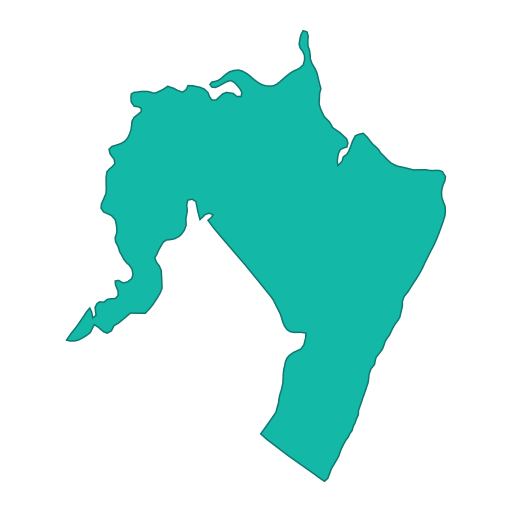 outline of Likoni, Coast, Kenya
{"feature_id": "3690345B67191049823154", "entity_name": "Likoni", "entity_type": "district", "adm_level": 2, "iso_a3": "KEN", "parent_name": "Kenya", "parent_adm1": "Coast", "projection": "robinson", "projection_center": [39.624, -4.1], "detail": "fine", "context": "isolated", "style": "filled", "palette": "teal", "viewbox_px": 512, "rotation_deg": 0, "n_neighbors": 0, "source": "geoboundaries", "source_scale": "gbopen_adm2", "svg_char_len": 4922}
<svg xmlns="http://www.w3.org/2000/svg" viewBox="0 0 512 512"><path d="M324.5,481.3L327.7,478.5L329.4,474.2L331.3,468.9L334.0,464.3L336.1,460.8L338.9,455.8L340.1,451.9L341.4,448.6L343.4,444.6L345.7,440.4L348.3,436.9L349.8,433.7L352.1,430.5L353.1,426.7L354.8,423.4L356.5,418.7L358.3,415.0L358.5,410.5L360.1,405.9L361.6,401.7L362.7,398.2L364.4,393.6L366.7,386.7L368.1,382.6L368.6,379.1L369.1,374.1L371.0,368.8L374.5,364.5L375.2,360.8L376.1,357.4L378.4,354.4L380.5,351.8L382.4,349.1L383.9,345.3L385.2,341.3L387.3,337.9L389.5,335.0L391.1,331.5L392.7,328.2L395.3,323.8L398.2,320.0L399.8,317.1L401.0,312.1L402.4,306.2L402.4,301.2L404.2,296.4L407.8,292.0L411.3,286.4L414.0,282.2L416.2,279.0L418.2,275.7L420.3,272.1L421.9,269.2L423.3,266.3L424.6,263.3L426.1,260.3L428.7,255.1L430.9,250.7L432.8,247.2L434.6,243.5L436.3,239.7L438.2,235.1L440.1,230.0L441.7,225.5L443.2,221.3L445.0,215.4L445.4,210.7L445.0,206.0L443.4,202.1L441.8,197.4L441.5,192.3L442.2,187.8L443.4,184.0L444.8,181.1L445.5,176.7L442.4,171.7L439.5,170.5L435.8,170.4L432.3,170.6L429.0,170.4L425.9,169.7L420.4,169.8L413.3,169.9L408.0,168.5L402.1,167.1L397.9,166.3L394.2,164.7L391.0,163.0L387.2,159.6L383.5,155.7L380.6,152.9L378.5,149.5L375.8,146.8L373.2,144.7L370.0,140.8L367.0,136.9L363.2,133.3L359.2,134.2L355.3,135.8L352.5,141.3L350.6,146.7L348.7,151.3L346.8,154.4L343.3,156.9L342.0,161.4L337.9,165.7L337.3,161.3L337.7,157.2L338.5,153.1L340.5,149.4L344.0,147.9L346.9,147.0L347.9,143.0L346.7,139.0L343.5,135.9L340.2,132.8L336.2,130.1L332.7,127.6L331.0,124.6L329.4,121.8L326.7,119.2L324.2,116.5L322.1,112.3L320.5,108.7L319.1,104.0L319.4,98.6L319.6,93.4L320.9,88.5L319.6,84.1L318.3,78.5L316.9,72.8L314.8,68.1L312.0,63.6L310.3,58.8L310.1,54.4L309.5,50.4L308.0,46.2L307.8,41.2L308.2,36.2L307.0,31.9L303.1,30.7L300.9,34.9L300.0,38.7L299.1,44.1L300.3,48.3L302.8,51.5L304.5,55.4L304.6,60.0L303.1,65.0L299.3,68.4L296.4,69.8L292.9,71.4L289.7,73.5L287.0,75.6L284.4,77.8L281.9,80.0L279.3,82.3L276.6,84.3L273.5,85.8L270.3,86.1L266.5,86.0L262.5,84.9L258.3,82.7L253.8,79.4L250.6,76.5L247.2,73.8L242.4,71.1L238.5,70.0L233.8,70.5L229.5,71.8L226.1,74.1L223.4,76.4L220.8,78.8L218.0,80.5L214.8,81.5L211.9,82.0L209.9,84.4L211.9,87.1L215.3,87.5L218.6,86.1L222.2,84.1L226.5,81.8L230.9,80.5L234.6,82.6L237.9,86.2L240.0,88.9L241.8,92.3L241.2,96.5L236.8,96.5L233.1,93.4L229.6,92.9L226.5,92.4L222.8,93.8L219.7,96.7L216.1,100.0L211.9,100.0L209.4,96.5L208.1,92.8L204.5,89.2L200.1,87.3L196.2,86.5L192.5,85.7L188.0,85.6L186.1,89.7L182.4,92.2L177.2,90.3L173.9,88.3L170.8,87.4L167.8,86.2L163.0,89.5L158.7,91.5L156.0,92.8L153.0,93.1L150.1,92.0L147.0,91.4L143.6,91.4L140.5,91.5L137.2,92.1L134.0,92.4L131.3,94.0L130.9,97.4L131.3,102.1L134.2,106.2L138.4,106.8L141.2,108.3L141.2,111.6L138.4,114.0L134.2,117.3L131.9,121.5L131.7,125.0L131.0,129.9L129.7,133.7L127.7,137.9L124.9,141.2L121.5,143.2L118.0,144.6L115.0,145.5L112.0,146.4L109.0,149.3L110.2,154.1L114.2,159.3L114.8,163.7L112.1,166.8L109.2,169.2L106.9,171.9L106.1,177.4L106.1,182.8L106.3,188.0L106.0,193.6L104.5,196.9L103.2,200.1L101.4,204.0L101.1,208.2L103.6,212.0L107.4,213.6L111.4,215.5L115.2,219.6L116.4,225.3L116.9,229.3L116.7,233.3L115.1,237.6L115.6,241.8L118.2,246.8L119.7,251.8L121.8,255.4L123.9,259.4L126.5,262.7L129.3,265.2L132.0,269.1L133.0,274.4L131.7,278.6L127.7,281.8L123.1,283.0L118.6,280.4L115.2,281.0L115.5,284.9L116.8,288.0L118.1,291.2L118.1,295.6L115.2,298.6L111.3,298.7L107.5,299.3L103.8,302.2L99.7,301.8L97.1,303.5L95.1,307.3L95.5,311.0L96.0,315.4L92.7,317.8L91.7,312.1L89.8,308.0L86.5,311.9L84.2,315.5L76.6,326.6L70.8,333.9L66.5,340.1L69.6,340.9L72.6,341.0L75.7,340.8L79.1,339.7L82.3,338.0L85.0,336.4L88.0,334.4L90.4,332.4L92.3,328.4L94.3,324.6L98.4,327.3L101.1,329.7L103.8,331.9L107.2,333.2L111.4,330.8L114.0,325.7L118.5,323.1L125.1,317.6L130.4,313.1L137.8,313.2L145.3,313.3L147.6,310.7L150.0,308.2L152.8,304.7L155.0,301.4L157.3,297.9L160.2,292.9L162.0,288.3L161.9,283.0L161.6,277.3L161.2,270.4L159.2,265.8L156.6,262.4L154.7,258.0L157.1,253.8L158.6,250.2L160.7,246.5L163.0,242.5L166.3,240.0L169.8,239.7L174.5,238.8L179.2,236.4L181.7,233.9L184.3,230.2L186.1,225.3L185.9,218.6L186.7,214.4L187.3,210.7L186.7,205.0L187.7,200.2L192.1,199.2L195.9,201.5L197.9,211.6L200.0,219.6L202.6,217.1L205.4,214.4L209.4,213.2L213.0,214.8L211.3,217.6L208.0,220.3L213.6,227.9L219.7,235.2L232.4,250.0L245.2,264.9L255.0,276.9L264.8,289.0L267.6,292.5L271.0,296.7L273.5,300.3L276.3,306.0L278.4,310.1L280.5,314.4L281.7,318.4L282.9,322.3L284.5,326.1L287.2,329.7L290.0,331.6L293.3,332.3L296.3,332.4L301.0,332.3L305.9,333.1L305.7,337.4L304.8,341.4L303.8,345.0L300.8,349.1L293.9,352.2L289.2,355.5L286.9,358.3L285.5,361.6L284.7,365.7L283.8,369.4L283.3,373.7L283.1,378.5L282.9,383.0L282.1,386.7L281.1,390.9L279.7,395.2L278.9,399.3L278.5,403.0L277.1,407.6L276.0,412.2L268.3,423.3L260.7,433.9L263.9,436.7L267.0,439.5L277.9,447.8L288.8,456.1L302.0,465.4L315.2,474.7L318.2,477.0L320.9,478.9L324.5,481.3Z" fill="#14b8a6" stroke="#0f766e" stroke-width="1.5"/></svg>